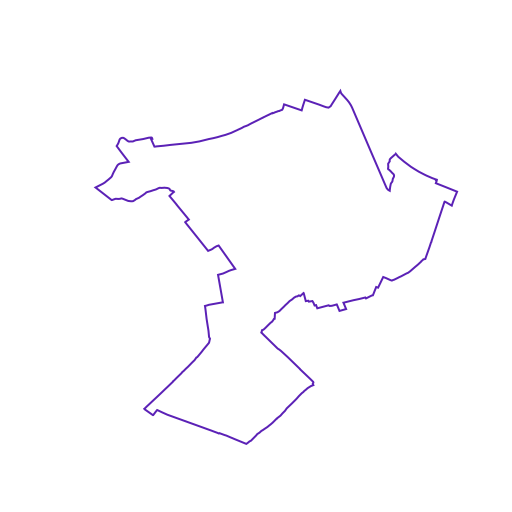 Castelu, Constanta, Romania, rotated 197°
{"feature_id": "2599482B70858783646654", "entity_name": "Castelu", "entity_type": "district", "adm_level": 2, "iso_a3": "ROU", "parent_name": "Romania", "parent_adm1": "Constanta", "projection": "natural_earth1", "projection_center": [28.385, 44.29], "detail": "fine", "context": "isolated", "style": "outline", "palette": "violet", "viewbox_px": 512, "rotation_deg": 197, "n_neighbors": 0, "source": "geoboundaries", "source_scale": "gbopen_adm2", "svg_char_len": 5809}
<svg xmlns="http://www.w3.org/2000/svg" viewBox="0 0 512 512"><g transform="rotate(197 256 256)"><path d="M93.2,302.7L93.2,303.8L92.7,315.2L92.6,320.1L92.4,320.6L92.4,321.1L92.5,321.5L92.3,330.1L92.0,345.4L91.6,362.9L91.5,363.1L91.4,363.2L91.2,363.1L90.4,363.0L89.7,362.9L83.5,361.4L83.5,361.5L83.5,362.1L83.5,363.4L83.3,367.6L83.0,371.0L82.6,375.2L82.5,376.3L95.4,377.4L105.3,378.2L105.2,380.7L105.6,380.8L105.4,381.1L105.4,381.8L106.9,381.8L108.1,381.9L110.2,382.0L113.6,382.4L116.3,382.7L118.8,383.1L124.8,384.2L129.9,385.5L133.9,386.6L141.9,389.5L149.0,392.5L152.0,394.5L152.0,394.4L152.7,393.8L155.7,388.9L156.3,387.5L156.2,387.0L156.2,386.7L155.8,385.6L156.2,384.4L156.6,382.8L155.6,380.0L155.4,379.2L155.4,378.5L154.9,377.6L154.1,377.4L153.6,377.3L152.9,376.8L152.1,376.5L150.3,375.4L148.3,374.4L147.6,373.6L147.3,372.4L147.4,371.2L147.6,370.5L147.7,369.8L147.4,367.3L147.5,366.7L148.0,365.4L148.2,364.4L147.9,361.4L147.3,357.9L147.2,357.5L148.7,357.8L149.5,358.2L150.6,358.9L150.9,359.1L153.9,362.6L164.3,374.9L175.5,388.1L207.4,425.9L209.3,427.9L212.0,430.2L214.5,431.9L221.4,436.0L222.1,436.5L222.7,437.2L223.2,437.9L223.6,438.5L224.3,436.2L224.9,433.9L226.1,429.5L227.9,423.1L228.4,421.1L230.0,419.1L232.5,418.8L235.2,418.9L239.7,419.2L254.9,419.7L255.0,414.2L255.0,411.6L254.9,409.5L254.9,408.6L272.6,409.2L273.5,409.2L273.4,406.3L273.4,405.1L273.7,403.5L275.4,402.2L276.1,401.5L277.2,401.0L277.6,400.6L279.8,399.0L280.8,398.1L281.5,397.6L281.9,397.3L282.2,397.5L289.1,391.1L294.1,386.3L297.5,383.1L298.0,382.6L298.8,381.9L301.0,379.7L301.7,378.9L303.4,377.5L305.2,376.2L305.5,375.9L307.0,374.3L312.8,369.1L315.7,366.5L320.6,362.9L323.8,360.9L327.6,358.4L331.3,356.2L335.2,354.1L343.7,349.0L351.0,345.3L370.1,337.3L376.4,334.5L383.5,331.6L383.8,331.4L385.1,330.9L390.5,337.1L389.4,337.7L390.0,338.5L390.3,338.7L390.8,338.7L393.1,337.8L398.2,334.8L404.9,331.5L407.3,329.5L411.1,328.3L412.0,328.4L412.9,328.7L414.6,329.4L416.3,330.0L416.9,330.1L417.3,330.2L418.2,330.0L418.9,329.7L419.7,329.0L420.1,328.5L420.4,327.8L420.5,327.2L420.6,324.0L420.9,322.3L421.4,320.4L415.7,316.2L410.8,312.7L405.3,308.8L406.8,308.0L410.6,306.0L412.9,304.8L414.0,303.8L414.6,303.0L415.0,302.2L415.3,301.0L415.9,298.0L416.6,294.7L416.9,292.6L417.1,290.4L417.5,289.1L419.3,286.2L421.0,283.7L422.1,282.0L423.6,280.3L429.5,274.6L410.4,267.3L409.9,267.5L409.0,268.2L408.2,268.8L407.1,269.6L406.1,269.9L404.8,270.2L403.5,270.6L402.5,271.1L401.6,271.7L400.4,271.8L399.2,271.7L394.3,271.3L392.0,271.7L390.5,272.1L389.5,272.6L388.1,274.2L387.4,275.3L384.9,277.5L383.9,278.8L381.9,281.2L380.1,283.6L379.6,284.6L378.8,285.3L375.9,287.1L373.8,288.6L373.7,288.7L372.3,289.6L371.0,290.5L369.0,292.4L368.0,293.1L366.5,293.4L364.8,294.0L363.7,294.5L362.2,294.8L360.7,295.1L359.2,295.1L358.5,294.9L358.0,294.6L357.5,294.0L356.9,293.6L354.6,293.8L353.7,293.7L353.2,293.3L353.8,292.5L356.3,288.1L347.0,282.0L347.0,281.9L331.2,271.4L330.9,271.2L333.6,267.8L333.6,267.6L303.3,246.9L303.1,247.1L301.2,248.6L299.8,249.9L298.7,251.5L296.6,253.8L294.8,255.1L272.1,237.6L275.5,235.4L277.4,234.0L279.4,232.2L282.4,229.6L286.8,226.9L274.1,202.0L274.4,201.9L275.0,201.6L285.3,196.3L286.7,195.6L287.7,194.9L288.7,194.2L290.2,193.3L290.0,192.9L289.6,192.1L288.5,189.7L284.9,181.5L283.4,178.4L281.6,174.7L280.7,172.9L279.5,170.4L277.2,164.8L275.8,163.4L275.8,162.7L275.6,160.1L275.6,159.2L279.1,150.8L279.7,149.1L280.3,147.6L281.4,145.0L282.2,143.1L282.7,142.0L283.4,141.4L283.5,140.9L284.4,138.2L284.9,137.4L286.3,134.8L286.7,134.0L288.7,130.1L290.0,127.9L291.0,126.0L291.4,125.2L292.0,124.2L292.4,123.8L292.5,123.5L293.1,122.0L296.4,116.0L297.9,113.1L298.7,111.9L298.6,111.7L298.9,111.1L302.3,105.0L303.8,102.4L305.9,98.6L309.7,91.9L311.6,88.6L315.1,82.5L315.4,82.0L316.5,80.1L318.0,77.3L318.1,77.2L317.8,76.9L308.1,73.7L307.8,73.8L306.3,77.9L305.5,79.8L305.3,79.8L299.8,79.0L294.3,78.3L258.0,76.5L252.2,76.2L247.9,76.0L244.8,75.8L241.3,75.6L239.6,75.4L239.4,75.7L239.2,75.9L233.8,75.6L232.6,75.6L231.9,75.6L227.4,75.1L225.1,74.9L223.4,74.7L210.5,73.5L210.3,73.5L209.1,75.1L208.0,76.8L206.8,77.9L203.3,84.6L202.9,85.7L202.7,86.1L201.0,88.1L199.6,90.5L198.9,91.1L198.2,92.0L197.0,93.5L195.1,95.8L193.8,97.8L192.8,99.2L191.6,101.1L191.4,101.4L188.6,106.7L188.4,106.7L188.2,107.2L187.9,107.7L185.9,110.5L184.7,113.2L183.0,116.4L182.1,119.2L181.1,121.0L180.3,122.4L178.5,125.6L176.0,130.3L175.3,131.7L174.0,134.6L172.1,138.2L171.0,139.7L170.3,141.2L169.4,142.4L168.0,144.7L165.5,147.6L163.4,149.3L164.2,150.1L164.4,150.6L164.1,151.5L164.2,152.0L164.6,152.4L167.8,154.1L171.2,155.8L177.0,158.7L180.8,160.6L180.9,160.8L195.9,168.5L204.5,172.6L206.9,173.5L207.6,173.6L208.4,173.9L223.8,181.9L224.1,182.0L227.6,183.9L228.3,184.2L228.1,184.5L228.5,185.1L228.5,186.9L228.0,187.1L227.0,188.2L225.8,190.3L224.5,192.8L222.6,196.3L221.3,198.1L221.2,198.6L220.8,199.6L220.5,201.0L219.8,201.4L221.2,207.1L220.6,207.5L219.1,208.4L217.5,210.2L216.2,212.7L214.4,215.9L213.6,217.5L212.0,220.2L210.7,222.7L208.8,225.0L207.4,227.3L205.9,228.9L204.5,229.6L203.6,230.8L203.2,230.9L202.0,230.6L199.7,234.5L199.5,234.4L195.2,227.4L192.9,228.5L192.1,227.8L188.9,229.4L187.4,228.1L185.5,225.8L184.2,226.6L182.1,223.9L172.1,230.1L171.7,230.0L171.4,229.8L171.2,229.7L169.5,230.3L168.5,230.8L166.6,232.0L164.6,233.3L164.3,233.0L160.1,227.9L154.3,231.6L158.7,236.9L158.5,237.0L153.9,239.8L149.9,242.2L144.8,245.0L139.3,248.3L138.4,247.6L133.7,252.1L132.7,252.6L132.0,261.5L130.0,261.4L129.1,267.3L128.2,273.1L125.3,272.9L120.8,272.3L119.2,272.2L118.8,272.3L118.1,272.9L117.8,273.2L117.1,273.6L114.2,276.3L112.9,277.6L111.3,279.0L107.8,282.5L106.9,283.4L106.0,284.1L105.5,284.6L104.1,286.5L100.3,292.6L99.6,293.6L99.3,294.1L98.4,295.5L97.5,297.1L96.5,298.8L96.4,299.3L95.3,301.0L95.1,301.6L94.9,301.8L93.8,302.3L93.2,302.7Z" fill="none" stroke="#5b21b6" stroke-width="2"/></g></svg>